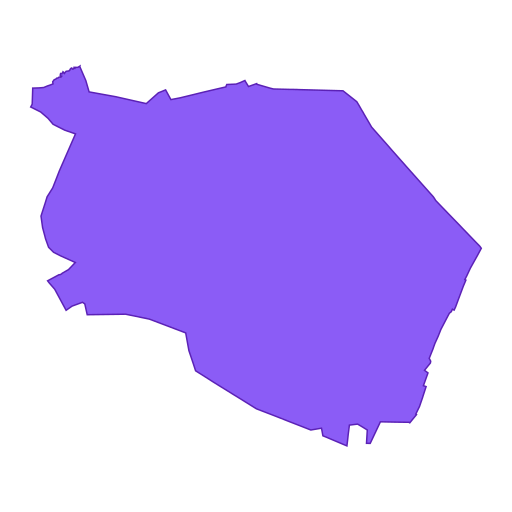 Cesvaine, Cesvaines, Latvia (Mercator projection)
{"feature_id": "27541924B54491837054784", "entity_name": "Cesvaine", "entity_type": "district", "adm_level": 2, "iso_a3": "LVA", "parent_name": "Latvia", "parent_adm1": "Cesvaines", "projection": "mercator", "projection_center": [26.306, 56.965], "detail": "fine", "context": "isolated", "style": "filled", "palette": "violet", "viewbox_px": 512, "rotation_deg": 0, "n_neighbors": 0, "source": "geoboundaries", "source_scale": "gbopen_adm2", "svg_char_len": 2934}
<svg xmlns="http://www.w3.org/2000/svg" viewBox="0 0 512 512"><path d="M165.1,90.1L164.8,90.2L164.6,90.3L164.3,90.4L164.1,90.5L161.2,91.7L158.4,92.8L146.3,103.6L115.7,96.7L89.1,91.9L85.8,80.5L84.8,78.2L79.8,66.6L79.9,66.1L78.0,67.3L76.2,67.4L75.1,67.3L74.9,68.4L74.6,68.4L74.4,68.3L74.0,67.7L73.7,68.5L73.1,69.1L72.4,69.1L71.9,68.1L71.4,68.0L70.3,69.0L70.2,69.4L70.2,69.8L69.7,70.0L69.3,70.5L68.9,71.0L68.2,71.0L67.6,71.1L66.8,71.2L66.1,71.3L65.7,71.8L65.3,72.2L64.8,72.9L64.3,73.5L64.0,73.2L63.7,72.7L63.5,72.2L63.0,71.8L62.9,72.1L62.6,72.8L62.1,73.1L61.8,73.8L61.5,73.7L60.6,73.5L60.4,74.4L60.2,75.3L60.4,75.5L60.6,75.8L61.2,76.0L61.7,76.2L61.3,76.7L60.8,77.2L60.3,77.1L59.8,77.0L59.3,77.1L58.9,77.2L58.3,77.7L57.7,78.1L57.2,78.1L56.6,78.2L56.3,78.6L55.9,79.0L55.1,79.4L54.2,79.7L53.5,80.7L52.7,81.7L53.0,83.9L50.5,84.9L47.3,86.0L43.7,87.5L39.1,87.9L32.7,88.1L32.7,88.9L32.2,104.2L30.7,107.0L34.3,108.8L40.7,112.0L43.0,114.0L48.0,118.3L50.4,121.1L53.1,124.3L64.8,130.2L75.5,133.9L59.3,171.0L56.0,179.5L52.7,187.9L47.1,196.8L44.9,204.0L44.6,204.8L44.4,205.5L42.7,210.8L41.0,216.1L42.6,227.6L43.8,232.1L45.0,236.6L45.3,237.9L45.7,239.2L48.6,247.3L53.6,252.3L60.9,256.0L75.3,262.5L68.5,269.6L62.1,273.3L61.6,273.9L60.0,274.7L59.0,274.7L47.6,280.8L49.2,282.9L54.7,289.2L66.1,310.3L72.1,306.1L82.5,302.3L84.8,303.9L87.2,314.7L87.9,314.7L88.5,314.7L95.6,314.6L125.6,314.2L149.3,319.1L185.7,332.9L188.9,350.6L193.3,363.7L195.6,370.8L210.0,379.9L211.2,380.7L214.2,382.6L234.5,395.2L236.5,396.4L256.4,408.8L264.2,411.8L276.4,416.5L288.5,421.3L299.6,425.6L310.8,430.0L321.5,428.2L322.9,435.8L327.1,437.5L331.3,439.3L339.1,442.6L346.9,445.9L347.6,440.2L348.2,434.5L348.8,429.8L349.4,425.1L353.5,424.6L357.6,424.1L362.5,427.0L367.3,430.0L366.9,436.6L366.5,443.3L370.2,443.4L380.4,421.8L394.8,422.1L409.2,422.3L409.8,422.8L413.4,418.4L416.5,414.6L415.8,414.1L419.5,406.5L420.8,402.7L422.4,398.1L423.2,395.5L426.1,386.6L423.4,385.7L428.0,372.9L424.5,370.3L430.4,363.0L430.7,361.2L430.0,359.8L429.2,358.4L431.1,353.6L433.0,348.9L433.7,346.8L434.5,344.6L434.8,343.7L438.2,336.2L440.9,329.4L448.1,315.6L449.4,313.2L451.3,311.7L451.6,311.0L452.4,309.2L454.1,310.1L455.5,307.2L457.5,301.8L457.6,301.5L463.4,286.0L465.9,280.1L464.8,279.6L466.7,276.0L470.4,268.1L477.6,255.2L481.3,248.3L479.8,246.2L475.1,241.4L473.4,239.6L462.3,228.1L461.9,227.7L461.6,227.3L461.2,227.0L460.9,226.6L448.3,213.6L435.7,200.5L434.6,198.7L433.4,196.9L406.6,166.8L392.0,150.3L387.4,145.0L382.8,139.8L371.6,127.1L369.1,122.8L364.2,114.4L363.0,112.2L361.7,110.1L359.3,105.9L356.8,101.7L343.0,90.8L320.8,90.2L298.6,89.6L297.0,89.5L295.5,89.5L292.7,89.4L289.9,89.4L281.7,89.2L273.6,89.0L270.3,88.2L256.9,84.3L256.7,83.6L248.5,86.5L248.2,86.0L245.3,81.3L244.9,80.5L240.2,82.6L236.1,84.1L226.8,84.5L226.2,85.8L225.9,86.9L219.8,88.3L203.6,92.1L192.6,94.8L181.5,97.5L180.7,97.7L179.8,97.9L170.9,99.6L165.6,89.9L165.1,90.1Z" fill="#8b5cf6" stroke="#5b21b6" stroke-width="1.5"/></svg>